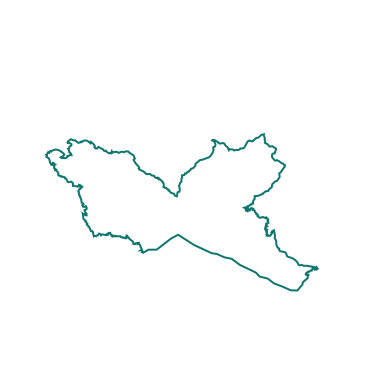 Amansie South, Ashanti, Ghana (Natural Earth projection), rotated 117°
{"feature_id": "2480657B37143689168174", "entity_name": "Amansie South", "entity_type": "district", "adm_level": 2, "iso_a3": "GHA", "parent_name": "Ghana", "parent_adm1": "Ashanti", "projection": "natural_earth1", "projection_center": [-2.012, 6.309], "detail": "fine", "context": "isolated", "style": "outline", "palette": "teal", "viewbox_px": 384, "rotation_deg": 117, "n_neighbors": 0, "source": "geoboundaries", "source_scale": "gbopen_adm2", "svg_char_len": 6115}
<svg xmlns="http://www.w3.org/2000/svg" viewBox="0 0 384 384"><g transform="rotate(117 192 192)"><path d="M107.9,154.2L109.6,156.1L113.1,157.4L114.7,159.2L119.6,161.3L120.2,164.4L121.6,165.3L128.9,165.6L130.5,167.0L131.2,168.7L132.2,168.8L133.7,169.9L134.3,171.7L135.8,173.2L135.6,175.0L136.7,177.3L136.7,178.4L137.8,178.3L136.0,180.7L135.4,183.3L134.1,185.3L134.5,187.0L136.1,188.8L136.3,190.3L135.7,191.9L135.6,195.8L136.1,197.2L136.8,197.4L136.9,195.0L138.8,192.8L140.6,192.1L141.4,192.3L142.1,193.2L143.1,193.2L144.6,191.9L147.3,191.4L150.5,191.7L153.1,192.4L158.7,197.6L159.7,199.2L165.1,201.7L166.9,200.9L170.1,201.8L171.8,203.4L172.8,203.3L174.4,204.2L175.0,203.9L176.6,205.3L178.3,205.6L178.6,206.6L180.5,206.6L181.5,208.4L182.0,208.5L183.7,207.3L184.7,207.5L187.6,206.1L189.1,206.7L192.6,206.3L194.4,204.5L197.3,203.3L198.8,204.7L202.8,203.6L203.0,205.5L201.7,207.4L202.3,210.1L201.5,212.4L200.9,213.0L201.3,213.7L200.5,214.6L200.7,215.6L200.1,216.7L200.6,218.6L200.4,219.8L199.7,219.7L197.1,221.3L196.8,222.5L196.2,222.7L195.3,226.0L195.8,227.1L195.6,228.1L194.7,228.1L194.8,229.3L195.9,230.3L195.7,231.7L194.8,233.0L195.5,235.4L195.0,237.4L196.7,240.8L195.7,244.8L195.9,248.3L195.5,249.1L195.8,249.4L195.3,250.2L194.4,250.1L193.6,250.9L192.1,255.2L189.9,258.6L188.2,258.1L185.9,260.7L185.4,266.0L184.8,266.8L185.6,269.2L187.3,270.6L188.1,273.1L190.5,275.2L190.3,276.2L190.6,277.8L192.0,280.0L193.0,280.6L192.1,281.9L194.2,281.5L194.4,282.8L195.2,283.4L195.1,285.5L194.3,287.5L195.3,288.6L194.5,290.5L194.3,295.8L195.2,296.3L196.3,296.2L197.0,297.5L196.6,299.2L195.3,299.3L194.0,301.5L193.2,305.2L193.9,305.5L194.2,304.4L194.7,304.4L193.9,308.6L194.8,311.1L196.8,312.9L197.7,312.9L197.8,314.0L198.8,314.3L199.8,315.6L199.0,319.8L199.7,320.5L200.0,323.9L203.2,325.5L204.3,325.5L204.8,324.8L203.9,323.6L204.1,321.1L205.0,320.7L207.7,321.7L209.1,321.3L209.8,322.0L211.3,319.9L212.4,319.4L212.5,317.7L213.9,316.1L214.6,317.6L215.9,318.3L216.4,319.4L217.6,319.0L219.2,319.9L221.0,323.7L220.7,324.8L218.4,323.0L216.7,322.8L216.2,323.2L215.2,327.9L215.4,330.9L216.2,333.0L218.6,335.4L219.8,335.7L219.8,336.9L221.8,336.9L221.7,337.7L222.2,337.4L222.6,338.4L224.5,338.2L225.0,338.8L225.6,337.7L226.7,337.8L227.1,334.5L230.2,331.8L231.6,329.8L231.2,328.1L230.2,329.4L229.3,329.3L229.0,328.4L229.7,327.6L229.6,326.5L231.1,327.3L231.4,326.4L233.2,325.9L233.4,324.7L234.4,324.1L233.6,323.7L233.8,322.9L234.5,322.7L234.8,321.4L236.3,319.3L237.9,318.7L237.4,316.1L237.8,315.5L237.2,315.1L236.7,312.0L237.5,311.4L237.3,310.0L239.3,307.5L239.4,306.6L237.6,304.2L238.2,302.1L240.7,300.9L239.9,299.8L239.6,297.8L239.0,296.8L239.1,296.2L238.3,295.7L236.9,296.0L236.7,294.5L237.6,294.4L237.8,293.5L237.1,292.3L238.0,292.2L239.4,293.4L240.2,293.1L240.6,293.6L242.7,293.8L243.3,292.9L244.0,292.8L244.6,291.8L245.9,291.3L246.3,290.2L246.9,289.9L249.0,287.2L251.6,285.5L251.5,284.0L252.1,283.1L253.5,283.8L254.5,282.6L254.2,281.1L252.8,280.3L254.0,278.6L255.3,278.2L257.0,279.6L258.8,277.2L259.4,277.4L259.5,276.1L260.5,276.6L260.8,275.8L261.1,276.4L260.7,277.6L261.3,278.1L260.9,279.5L265.1,276.6L265.9,274.8L265.8,273.8L266.8,273.4L266.6,272.6L268.1,271.4L268.0,270.8L269.0,270.6L269.3,268.8L270.0,268.3L269.9,267.6L272.7,264.4L272.1,263.6L272.6,263.2L272.6,262.2L276.1,259.3L275.2,258.6L275.0,257.5L274.1,257.2L273.5,256.3L271.3,256.0L271.0,255.2L271.9,253.4L270.5,252.9L269.5,249.3L268.8,249.0L269.1,248.3L268.8,248.1L268.3,248.7L267.6,248.4L267.6,247.3L266.3,247.6L266.1,246.7L265.6,246.3L266.7,245.1L266.7,244.6L267.4,243.9L266.9,243.4L267.7,242.7L266.5,241.8L266.8,241.3L266.3,241.0L266.4,240.3L265.7,239.9L265.4,238.4L263.9,235.8L264.4,235.1L264.2,233.6L263.7,233.2L264.1,232.5L263.2,229.7L262.8,229.7L263.1,230.9L262.2,230.4L260.5,230.6L260.3,230.1L261.7,228.0L261.4,227.4L262.2,226.5L263.0,222.0L264.9,220.5L264.2,218.9L263.2,218.9L261.6,216.4L262.8,216.4L262.3,215.8L263.2,213.7L264.2,213.1L265.7,210.8L266.4,210.6L267.2,211.1L266.6,210.0L267.2,209.3L268.3,209.3L268.3,207.9L263.2,204.6L259.4,197.3L242.9,189.5L236.4,185.0L238.3,166.0L237.6,146.7L235.9,141.5L235.5,133.5L233.5,126.3L235.2,116.4L234.8,98.5L236.6,93.3L234.8,85.3L236.2,77.4L235.2,68.2L234.8,59.4L231.9,53.4L224.2,51.6L222.1,52.3L216.3,49.8L214.5,50.7L213.1,50.4L212.8,50.9L214.0,52.7L213.6,53.4L211.9,53.4L210.6,52.1L210.2,52.3L209.6,51.2L208.2,50.8L207.7,49.6L205.4,49.9L205.0,47.8L205.5,47.3L204.7,46.4L204.5,45.7L203.5,45.2L203.4,46.1L202.7,46.4L202.3,47.1L203.6,47.7L203.3,48.4L204.0,51.2L205.9,57.0L207.0,58.6L207.2,61.2L208.6,63.1L208.6,63.7L206.4,67.0L205.5,70.5L205.4,72.6L206.2,77.7L203.4,81.3L204.7,86.9L203.8,88.3L202.8,88.7L202.7,90.6L200.5,93.0L197.2,94.9L195.5,97.4L193.3,98.2L188.9,101.7L190.6,102.8L191.0,102.3L192.1,102.8L192.3,102.0L195.4,102.4L196.2,104.0L196.0,104.5L196.6,104.5L197.0,105.5L195.9,105.5L196.0,106.4L194.3,106.6L194.1,107.4L192.2,108.9L191.8,108.4L192.4,107.6L191.5,107.9L191.4,109.1L192.0,109.9L191.6,110.2L190.5,110.5L188.5,109.5L188.6,110.9L187.5,110.8L187.1,111.5L186.5,111.6L186.0,110.6L184.9,109.9L184.2,110.3L183.6,111.6L182.5,111.2L181.7,111.9L181.0,114.3L181.9,114.2L182.1,117.6L183.7,119.0L184.3,121.1L183.2,122.2L183.5,122.9L182.2,123.5L182.6,124.7L181.8,125.1L181.4,126.6L180.2,127.6L180.3,128.8L179.8,129.0L180.4,129.8L179.3,130.1L179.6,130.9L179.2,131.3L180.0,132.3L181.6,132.2L181.6,133.0L182.5,132.6L182.8,133.7L183.9,133.7L184.0,134.8L182.2,135.4L182.2,136.6L182.8,136.6L182.1,137.2L182.2,138.2L181.4,137.5L181.1,135.7L180.9,136.1L180.4,135.4L180.0,136.1L179.0,135.9L178.0,134.4L176.8,134.3L176.2,133.3L175.3,133.6L174.8,132.4L171.8,133.5L169.9,133.0L167.2,134.2L165.2,131.1L162.1,128.7L162.0,128.1L161.0,128.1L158.0,126.7L156.7,124.7L153.7,124.3L151.9,123.1L148.4,124.0L144.6,122.5L143.4,121.3L139.8,120.7L138.3,121.0L135.9,122.7L134.5,122.0L126.7,120.9L125.7,121.7L126.0,122.5L125.4,123.9L125.6,125.9L125.0,128.4L125.1,130.9L126.3,131.9L126.1,133.3L124.4,136.7L122.1,137.7L120.9,137.2L120.1,135.9L115.5,136.6L115.0,137.7L115.1,139.4L114.7,141.0L116.3,143.4L115.1,146.6L115.1,149.3L113.4,149.9L112.3,151.1L110.9,151.6L108.9,153.9L107.9,154.2Z" fill="none" stroke="#0f766e" stroke-width="2"/></g></svg>